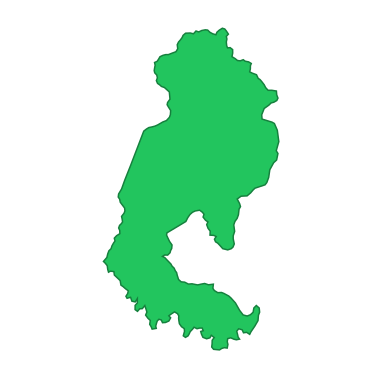 the district of Cumari, Goiás, Brazil, rotated 264°
{"feature_id": "56859067B19159308765425", "entity_name": "Cumari", "entity_type": "district", "adm_level": 2, "iso_a3": "BRA", "parent_name": "Brazil", "parent_adm1": "Goiás", "projection": "mercator", "projection_center": [-48.176, -18.317], "detail": "fine", "context": "isolated", "style": "filled", "palette": "green", "viewbox_px": 384, "rotation_deg": 264, "n_neighbors": 0, "source": "geoboundaries", "source_scale": "gbopen_adm2", "svg_char_len": 4051}
<svg xmlns="http://www.w3.org/2000/svg" viewBox="0 0 384 384"><g transform="rotate(264 192 192)"><path d="M98.1,203.6L98.0,198.7L99.7,195.0L99.4,191.3L99.0,188.0L99.8,185.3L100.7,182.4L100.8,178.8L103.1,175.3L103.8,171.8L106.4,169.5L110.8,168.6L113.4,168.3L115.5,167.1L118.1,166.3L120.4,164.4L122.6,163.5L124.9,161.7L126.8,160.2L129.6,158.1L131.0,155.9L132.2,158.1L131.8,161.2L133.9,163.8L136.0,164.6L137.9,165.9L141.4,166.6L145.2,164.5L148.8,163.2L151.8,162.2L154.0,162.8L163.3,182.8L166.9,185.1L169.9,187.7L171.8,190.4L172.8,193.2L173.1,197.7L170.8,200.2L168.6,201.6L165.9,200.4L162.5,202.5L160.6,204.7L158.0,203.2L154.1,204.2L151.2,206.0L147.2,205.4L146.6,209.0L145.2,211.4L142.7,209.4L140.0,210.2L138.5,212.2L136.3,213.9L132.4,216.7L130.7,221.5L131.5,225.1L132.9,227.0L135.9,228.6L141.2,228.1L144.1,228.4L148.4,230.3L154.9,230.1L158.2,231.6L161.0,234.1L164.5,235.8L170.0,237.0L172.4,238.7L175.6,238.1L180.3,236.2L182.7,240.4L182.4,246.4L185.0,250.2L187.4,252.7L189.2,255.0L191.5,265.4L193.6,267.4L198.5,269.8L206.0,271.7L212.6,276.3L215.0,279.5L221.3,281.5L224.2,280.1L230.8,282.7L233.0,283.6L244.5,283.3L251.5,281.1L253.1,278.9L257.2,269.3L261.5,269.4L267.5,272.5L270.4,277.6L272.3,280.0L272.7,282.7L274.1,285.9L276.4,287.3L279.8,286.4L283.6,286.5L284.8,282.1L285.2,278.3L288.2,276.1L291.1,275.0L294.7,272.8L296.7,271.4L298.1,269.7L301.9,268.4L304.0,264.2L305.5,261.9L308.2,262.9L311.5,263.3L313.6,264.4L315.5,261.9L316.5,258.6L318.2,256.8L317.4,253.7L318.0,251.0L320.2,248.8L322.4,245.9L325.9,247.0L329.4,247.3L331.6,245.0L331.6,242.4L333.8,241.8L337.6,241.8L340.5,242.7L343.2,242.4L345.2,244.7L348.5,243.0L350.7,241.6L351.7,239.3L350.1,236.0L348.3,233.5L345.9,232.2L347.2,229.1L349.0,226.5L351.4,224.5L351.9,222.2L351.6,218.6L350.5,215.4L351.7,212.8L349.2,210.0L350.3,206.9L350.6,202.2L348.7,199.5L346.6,198.3L344.3,196.2L342.6,194.3L340.0,192.7L336.0,192.8L333.2,190.7L332.2,186.8L331.1,182.8L331.4,180.4L331.0,177.5L329.9,174.3L327.7,172.7L325.6,171.0L324.7,168.3L321.9,168.6L319.4,167.8L316.7,167.1L314.4,167.4L312.0,169.2L309.1,169.5L306.5,168.2L303.6,169.1L301.9,171.1L300.2,172.6L298.8,175.5L293.9,179.9L286.6,179.8L283.6,177.1L281.4,176.4L278.9,177.5L275.3,179.3L271.2,178.6L268.6,177.3L265.7,174.0L264.7,170.3L262.3,164.9L261.4,162.1L260.9,158.9L260.6,155.8L259.4,153.3L257.6,150.4L224.6,133.6L210.9,126.4L202.4,122.3L197.7,118.8L194.7,118.1L192.4,119.3L189.3,119.6L183.1,123.3L180.2,123.3L178.0,122.2L175.1,119.4L172.4,119.7L169.4,119.8L167.8,118.3L166.4,116.5L163.9,115.3L161.3,116.1L158.1,115.9L156.4,112.4L154.2,109.9L151.3,110.3L149.4,108.6L146.7,106.7L144.1,105.6L142.2,103.2L139.2,101.7L135.8,100.5L133.8,98.4L132.2,96.7L130.4,98.2L127.6,100.0L123.8,100.1L121.0,100.6L121.8,102.7L121.0,106.0L117.5,106.1L115.3,108.0L113.2,109.8L111.4,111.3L106.8,111.6L105.2,113.5L102.7,115.8L100.4,118.3L97.7,117.4L95.2,115.4L93.1,116.3L93.7,119.9L89.7,120.8L88.6,124.0L91.7,126.5L87.3,126.0L85.2,123.6L81.0,123.1L79.0,125.3L81.3,127.8L81.2,130.4L84.0,133.2L79.9,134.1L77.3,134.6L74.4,133.0L71.0,135.0L68.6,137.1L64.8,136.1L62.3,137.3L59.8,138.0L60.1,142.2L62.4,141.9L65.0,142.9L67.3,143.9L68.9,145.8L67.9,148.1L65.1,149.0L65.0,152.0L66.1,155.5L69.1,157.6L71.3,156.0L73.0,158.9L74.6,162.1L72.5,164.9L70.2,165.9L67.9,165.5L65.3,165.5L62.3,165.7L59.1,167.5L57.0,170.0L54.2,170.0L49.9,168.3L48.1,170.3L49.3,173.0L51.2,174.4L53.3,175.6L55.4,178.1L57.3,179.9L55.5,182.7L55.9,185.4L55.6,187.9L52.9,188.7L52.4,186.1L49.5,186.6L46.3,187.7L44.5,191.2L45.1,194.6L47.5,196.2L44.9,198.9L42.5,196.6L38.8,196.1L35.8,195.4L33.3,197.0L32.6,200.3L32.1,202.9L33.3,205.2L33.8,207.9L33.1,210.7L36.7,211.8L39.4,211.4L42.5,212.2L42.9,215.3L41.2,218.3L40.4,220.7L40.7,223.9L42.9,222.7L45.8,222.4L48.8,221.9L51.1,224.1L49.7,227.5L46.6,228.5L46.7,231.7L44.4,234.5L46.8,236.0L52.1,240.5L57.2,244.2L62.5,245.2L65.4,246.7L69.6,246.7L72.4,244.1L70.2,241.4L66.0,240.2L63.8,237.2L62.9,233.9L64.4,230.0L69.3,227.0L77.1,223.6L82.5,219.7L84.7,217.7L87.8,213.1L89.0,210.8L89.2,207.1L91.7,203.9L94.0,202.7L98.1,203.6Z" fill="#22c55e" stroke="#15803d" stroke-width="1.5"/></g></svg>